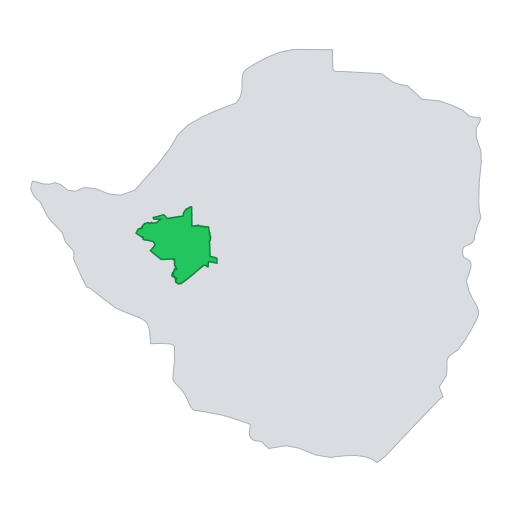 location of Lupane, Matabeleland North, Zimbabwe
{"feature_id": "62879985B9904230629136", "entity_name": "Lupane", "entity_type": "district", "adm_level": 2, "iso_a3": "ZWE", "parent_name": "Zimbabwe", "parent_adm1": "Matabeleland North", "projection": "orthographic", "projection_center": [27.928, -18.869], "detail": "fine", "context": "in_parent", "style": "filled", "palette": "green", "viewbox_px": 512, "rotation_deg": 0, "n_neighbors": 0, "source": "geoboundaries", "source_scale": "gbopen_adm2", "svg_char_len": 7332}
<svg xmlns="http://www.w3.org/2000/svg" viewBox="0 0 512 512"><path d="M377.0,462.6L372.0,459.0L365.0,456.7L356.2,455.5L344.6,455.7L330.4,457.4L315.3,454.9L299.1,448.2L285.6,445.7L269.5,448.4L268.8,448.5L266.0,446.2L261.6,441.4L254.2,440.6L252.3,439.4L250.6,437.6L249.6,435.4L249.2,432.9L250.4,425.0L249.8,424.1L247.8,423.2L243.8,422.2L234.1,418.6L221.9,415.1L202.0,411.3L194.3,410.3L192.5,409.2L190.3,406.3L186.4,397.3L182.8,391.3L174.3,382.2L172.9,379.3L173.3,372.0L173.9,366.2L174.8,361.2L174.4,356.5L174.3,350.7L174.6,346.8L173.4,345.1L170.3,343.9L161.4,343.4L150.6,343.7L150.2,337.8L149.2,328.6L147.1,323.4L144.7,320.7L139.7,317.8L129.6,314.0L115.9,308.1L104.2,299.4L90.7,288.6L86.4,286.8L81.4,276.5L73.6,259.0L74.1,253.2L72.9,250.3L65.4,241.8L63.8,237.3L62.4,232.8L50.5,220.3L46.5,214.8L43.3,207.8L40.2,202.1L37.6,199.9L34.2,196.1L31.8,191.7L30.7,188.5L31.5,184.0L32.6,181.0L43.9,184.0L50.0,184.2L54.8,182.6L60.7,184.6L67.8,190.2L75.5,191.2L83.8,187.6L95.1,188.5L109.3,194.1L121.0,195.2L135.0,190.0L147.4,175.9L159.1,162.7L170.6,147.4L177.6,135.1L187.9,125.1L201.4,117.4L215.2,110.9L236.3,103.0L240.5,96.5L242.0,89.3L242.0,79.3L243.2,72.8L245.4,69.9L248.9,67.6L253.5,64.7L267.4,57.2L279.2,52.4L293.4,49.4L309.0,49.5L324.0,49.7L332.5,49.8L332.5,59.4L333.1,70.2L334.7,71.3L346.0,71.7L364.1,72.7L381.5,73.7L392.4,81.8L396.1,83.5L407.7,85.9L422.1,99.3L439.8,100.9L451.9,105.3L462.5,110.1L468.6,115.6L472.5,116.9L477.9,117.5L480.5,118.1L479.8,121.9L476.1,128.4L476.3,137.8L480.9,151.0L481.3,162.3L479.2,182.3L478.8,201.6L479.1,208.5L479.8,213.2L480.7,215.7L480.5,218.5L477.3,226.6L474.7,235.1L474.6,238.5L473.6,240.9L471.8,243.0L464.1,246.7L462.7,249.1L462.6,253.5L463.5,257.3L466.3,258.7L469.7,260.9L471.0,263.7L470.9,266.7L469.6,272.1L466.3,281.0L469.1,291.4L472.3,298.2L476.8,306.1L478.6,310.9L478.4,314.3L477.6,317.6L470.1,331.6L464.8,340.3L458.4,349.5L450.0,355.2L447.9,358.0L446.9,361.2L447.0,368.3L446.4,375.7L439.2,386.9L443.2,396.8L442.2,397.6L439.8,399.0L429.5,409.7L419.1,420.6L411.5,428.6L402.9,437.6L393.3,447.8L385.1,456.5L377.0,462.6Z" fill="#d9dde1" stroke="#a8b0b8" stroke-width="1"/><path d="M146.8,222.9L146.2,223.1L145.7,223.4L145.5,223.5L145.1,223.7L144.8,223.5L144.7,223.5L144.4,223.7L144.2,224.3L143.6,224.7L143.4,224.8L143.4,225.1L143.0,225.5L142.5,225.9L142.5,226.0L142.5,226.3L142.5,226.5L142.4,226.6L142.1,226.6L141.8,226.9L141.8,227.1L141.8,227.4L141.9,227.7L142.1,227.9L142.0,228.0L141.9,228.3L141.8,228.5L141.5,228.5L141.4,228.6L141.2,228.5L140.8,228.3L140.5,228.5L140.3,228.4L140.1,228.5L139.9,228.4L138.2,229.1L136.1,233.2L142.2,237.3L143.1,237.2L142.9,239.0L144.5,239.9L148.0,240.3L150.7,241.0L153.4,241.6L155.2,244.9L150.4,250.8L161.1,259.4L164.4,259.4L168.0,259.2L175.0,259.0L174.6,259.1L174.7,259.4L174.5,259.5L174.4,259.4L174.3,259.5L174.2,259.9L174.1,259.7L173.7,259.5L173.5,259.8L174.1,260.4L174.3,260.6L174.3,261.0L174.7,261.4L174.8,262.4L174.7,262.7L174.3,263.2L174.3,263.3L174.6,263.4L174.6,263.6L174.4,263.9L174.4,264.0L174.7,264.3L174.6,264.8L174.8,265.7L175.2,266.0L175.4,266.3L175.3,266.5L175.2,266.7L175.3,266.9L175.8,267.1L175.9,267.7L176.3,268.1L176.4,268.3L176.5,268.6L176.8,268.7L176.9,268.8L176.8,269.1L176.7,269.3L176.1,269.0L175.8,269.0L175.5,269.0L175.1,269.1L174.9,268.7L174.7,268.8L174.4,269.0L174.3,269.3L174.6,269.9L174.6,270.2L174.5,270.4L174.2,270.9L174.0,270.7L173.8,270.8L173.7,271.2L173.9,271.5L173.6,271.6L173.5,271.8L173.5,272.4L173.6,272.7L173.5,272.9L173.3,272.7L173.0,272.6L172.8,272.7L172.7,272.9L172.8,273.1L173.0,273.0L173.1,273.4L173.0,273.5L172.9,273.5L172.7,273.4L172.7,273.6L172.6,273.8L172.9,273.8L173.0,273.8L173.2,274.0L173.1,274.3L172.9,274.3L172.5,274.0L172.4,273.8L172.2,273.8L172.1,274.2L172.5,274.6L172.7,274.8L172.8,275.0L172.7,275.1L172.5,275.3L172.3,275.3L172.0,275.2L171.9,275.2L171.9,275.4L172.1,275.7L172.4,275.7L172.5,275.7L172.5,275.9L172.3,276.2L172.3,276.4L172.4,276.5L173.1,276.4L173.3,276.5L173.4,276.9L173.7,276.9L173.9,276.9L174.1,276.5L174.3,276.4L174.5,276.4L174.7,276.6L174.3,277.1L174.1,277.2L174.1,277.3L174.3,277.5L174.7,277.3L174.9,277.3L175.1,277.4L175.5,277.6L175.9,277.7L176.1,277.9L176.2,278.0L175.7,278.0L175.5,278.3L175.5,278.5L175.4,278.7L175.3,278.9L175.3,279.0L175.7,279.3L176.1,279.4L176.0,279.6L175.8,279.7L175.5,279.6L175.4,279.7L175.4,279.8L175.4,280.3L175.6,280.7L175.9,281.0L175.9,281.3L175.7,281.6L175.8,281.9L175.7,282.1L175.9,282.3L176.2,282.3L176.3,282.3L176.8,283.0L177.0,283.1L177.3,283.2L177.4,283.3L177.6,283.6L177.9,283.7L178.3,283.6L178.5,283.6L178.7,283.9L178.8,283.9L179.0,284.0L179.4,283.8L179.7,283.5L180.0,283.6L180.2,283.4L180.5,283.3L180.7,283.2L180.9,283.2L181.0,283.4L181.2,283.5L188.1,278.4L191.6,275.5L195.6,272.1L199.5,268.9L204.1,265.0L206.7,265.8L206.6,266.5L208.1,266.8L208.2,265.9L208.2,264.3L208.7,261.6L216.9,263.1L216.9,261.4L216.9,258.3L216.0,257.9L215.7,257.9L215.4,257.7L215.0,257.7L214.5,257.4L214.2,257.4L213.9,257.2L212.9,257.1L212.5,256.9L212.1,256.8L211.7,256.7L211.2,256.6L210.9,256.6L210.5,256.4L210.1,256.5L209.9,256.3L210.0,255.7L210.0,254.1L209.9,253.3L209.7,245.3L209.6,242.6L209.3,242.0L209.2,241.2L209.5,241.0L209.9,240.8L210.0,240.6L210.1,240.4L210.4,239.8L210.4,239.6L210.3,239.0L210.4,238.8L210.4,238.7L210.4,238.4L210.6,238.2L210.7,237.8L210.5,237.5L210.5,237.2L210.3,236.9L210.3,236.7L210.5,236.0L209.6,234.6L209.5,234.2L209.4,233.9L209.7,233.8L209.9,233.6L210.0,233.4L210.0,233.2L209.8,232.9L209.5,232.8L209.4,232.6L209.0,230.8L208.8,228.9L208.7,228.6L208.6,227.4L208.5,227.0L208.4,227.0L208.3,226.9L208.2,226.9L207.8,226.9L207.5,226.9L206.7,226.7L206.7,226.8L206.4,226.8L206.1,226.9L205.9,226.9L205.8,227.0L205.6,227.0L205.4,226.9L205.2,226.9L205.1,227.0L204.9,226.8L204.7,226.9L204.6,227.0L204.3,226.9L204.1,226.6L203.9,226.6L203.7,226.4L203.2,226.6L202.7,226.4L202.6,226.2L202.1,226.1L201.8,226.2L201.5,226.2L201.3,226.1L201.2,226.1L200.9,226.3L200.7,226.5L200.5,226.4L200.0,225.9L199.7,225.8L199.5,225.7L199.3,225.7L199.2,225.7L198.7,225.7L198.5,225.4L198.3,225.4L198.2,225.3L198.0,225.5L197.8,225.3L197.6,225.3L197.4,225.5L196.9,225.4L196.3,225.8L196.0,226.1L195.9,226.2L195.5,226.1L195.4,225.9L195.2,225.8L194.7,225.9L194.4,225.8L194.2,225.8L193.8,225.9L193.7,226.0L193.1,226.0L192.7,225.9L192.5,226.0L192.4,225.9L192.3,226.0L191.7,225.8L191.7,225.2L191.8,225.2L191.8,224.9L191.8,224.7L191.7,224.2L191.9,224.0L191.8,222.9L191.9,221.8L191.8,220.7L191.8,220.2L191.8,218.5L191.8,218.2L191.8,217.6L191.8,217.4L191.8,215.5L191.9,214.6L191.8,213.8L191.7,213.7L191.7,213.0L191.7,207.0L191.6,206.9L191.4,207.0L191.0,206.9L190.8,207.1L190.6,207.2L190.3,207.1L190.0,207.1L189.7,207.1L189.3,207.2L189.1,207.4L189.0,207.6L188.9,207.9L188.5,208.0L188.4,208.2L188.2,208.4L187.8,208.6L187.6,208.8L187.4,208.8L187.1,209.1L186.8,209.0L186.7,208.9L186.5,209.0L186.4,209.0L186.3,208.9L186.1,209.1L186.0,209.3L186.0,209.6L185.8,209.9L185.3,210.4L185.1,210.6L184.8,210.7L184.6,210.9L184.6,211.0L184.7,211.4L184.7,211.5L183.8,212.4L183.5,213.0L183.3,216.0L177.4,216.8L169.5,218.1L168.3,218.3L167.2,218.5L165.2,216.1L163.9,214.8L162.8,215.0L157.1,216.6L153.2,217.5L153.8,219.1L160.8,219.2L156.4,222.8L154.3,222.8L151.9,223.0L151.4,222.5L151.2,222.4L151.1,222.5L151.1,222.8L150.9,222.8L150.5,222.8L150.3,222.9L150.1,223.1L150.0,223.5L149.3,223.5L149.0,223.3L148.9,223.1L148.2,222.6L147.3,223.0L146.8,223.1L146.8,222.9Z" fill="#22c55e" stroke="#15803d" stroke-width="1.5"/></svg>